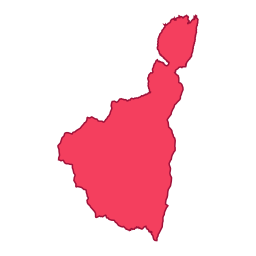 outline of San Antonio, Tolima, Colombia
{"feature_id": "7082276B18845441418980", "entity_name": "San Antonio", "entity_type": "district", "adm_level": 2, "iso_a3": "COL", "parent_name": "Colombia", "parent_adm1": "Tolima", "projection": "equal_earth", "projection_center": [-75.469, 3.975], "detail": "fine", "context": "isolated", "style": "filled", "palette": "rose", "viewbox_px": 256, "rotation_deg": 0, "n_neighbors": 0, "source": "geoboundaries", "source_scale": "gbopen_adm2", "svg_char_len": 5793}
<svg xmlns="http://www.w3.org/2000/svg" viewBox="0 0 256 256"><path d="M58.6,159.8L59.1,159.8L61.0,160.8L62.1,160.4L63.4,160.4L64.6,162.7L65.5,163.4L66.3,163.7L68.2,163.7L70.0,164.3L71.7,164.4L72.4,164.9L72.4,167.9L73.0,169.4L73.8,173.1L74.8,174.3L75.0,174.9L75.0,175.7L74.3,177.5L73.9,180.5L75.9,183.9L75.9,186.6L76.3,186.9L77.6,186.5L81.5,187.4L84.0,189.5L84.8,189.4L86.2,190.2L86.4,192.6L87.2,195.0L87.2,196.1L88.3,197.8L88.2,198.7L87.0,200.3L87.4,202.8L88.2,204.2L88.7,204.4L89.0,205.0L89.8,205.5L90.6,207.0L94.3,211.2L95.1,212.4L95.4,213.0L95.6,214.9L95.6,216.7L95.9,217.3L96.6,217.4L99.5,216.0L100.8,216.6L101.8,216.4L102.7,216.8L104.2,215.7L105.6,215.2L105.9,215.4L106.4,217.2L107.0,218.0L107.8,217.9L108.4,218.3L109.0,219.3L111.4,220.1L114.1,220.3L114.5,220.7L115.4,222.2L116.7,223.0L118.5,225.4L121.4,226.7L122.1,226.6L122.6,226.9L123.6,226.5L125.2,228.1L125.8,228.4L126.1,229.2L127.4,229.4L128.0,229.8L129.3,230.1L129.4,230.4L129.8,230.1L130.5,230.2L130.4,229.4L131.0,229.2L131.3,228.6L131.8,228.6L132.3,229.3L132.6,229.1L134.4,229.2L134.7,228.3L135.9,228.0L136.4,227.2L136.7,227.6L137.1,227.2L137.5,227.6L138.0,227.7L138.6,227.3L139.1,228.2L139.5,227.9L141.4,229.0L142.4,228.9L144.4,226.7L145.9,226.3L146.2,227.8L146.6,228.0L147.1,229.1L148.2,229.4L149.1,231.7L149.5,231.8L149.9,231.3L150.2,231.5L150.4,232.2L151.2,231.6L151.8,232.0L151.8,232.4L151.4,233.3L151.6,234.3L152.5,235.2L153.1,236.6L153.2,237.6L153.8,239.4L155.0,240.4L156.8,240.6L157.0,239.9L156.9,238.0L158.0,236.0L158.2,234.3L158.9,233.4L162.2,226.9L162.5,222.8L163.0,221.1L162.9,217.6L163.6,215.5L164.2,214.8L164.5,212.2L166.5,207.6L167.5,206.5L167.9,205.7L165.6,204.1L165.6,202.4L166.0,199.9L167.1,197.4L167.5,195.7L167.8,191.7L168.3,189.5L170.5,185.8L171.3,181.3L171.5,178.3L171.5,177.5L170.3,175.2L169.8,173.1L170.3,170.6L170.5,168.7L170.3,167.7L169.3,165.0L169.1,163.5L170.5,160.4L171.3,159.3L171.6,157.0L172.2,155.1L174.1,151.6L175.0,150.7L175.1,150.2L175.1,147.6L174.8,146.4L175.2,140.6L174.8,138.6L174.5,137.8L174.0,137.6L173.3,136.1L173.1,134.8L172.3,133.4L171.9,130.9L171.6,130.2L170.1,128.3L168.7,127.1L168.2,122.5L167.2,120.0L167.3,119.5L168.5,117.7L171.1,114.3L171.4,112.3L172.6,109.6L173.8,107.6L174.7,104.7L176.1,103.6L177.1,102.3L179.8,99.6L180.4,98.3L180.4,96.8L180.6,95.6L181.2,94.9L181.7,92.8L183.0,89.8L182.9,87.6L181.8,84.5L180.5,83.1L179.7,83.0L178.8,82.4L178.8,77.8L178.4,77.0L178.4,76.1L177.9,75.5L176.6,74.7L174.7,72.6L175.6,71.8L175.4,71.0L175.7,70.1L178.0,68.5L178.8,67.4L180.8,66.9L181.9,67.6L182.5,66.8L182.9,66.8L185.7,66.7L186.0,65.8L185.8,65.7L185.9,64.9L185.7,64.2L186.2,63.7L186.3,63.9L186.7,62.4L188.9,59.5L189.9,58.7L190.3,57.5L190.7,57.3L191.5,56.3L191.5,55.5L191.7,55.1L191.5,54.3L192.5,52.0L192.8,50.1L192.7,49.3L193.2,48.7L193.0,47.7L193.3,47.1L193.3,46.0L193.9,45.1L193.8,44.4L194.4,43.3L194.2,42.8L195.0,41.0L194.9,40.0L195.2,39.4L195.0,37.8L195.4,36.8L195.3,36.1L195.6,35.8L195.4,35.1L195.9,34.2L196.1,33.0L196.5,32.4L196.2,30.7L196.5,29.8L196.3,28.4L196.5,26.9L196.8,25.9L197.3,25.3L197.2,24.1L197.7,23.0L197.7,20.8L198.0,19.8L197.8,19.3L196.9,18.0L195.0,17.7L195.8,17.3L196.6,16.1L195.8,15.5L195.6,16.3L195.3,16.7L194.2,16.3L194.2,17.2L194.5,17.8L194.2,18.4L194.4,19.0L194.3,19.4L193.8,19.6L193.1,19.3L191.7,20.6L190.3,22.7L188.1,23.2L187.8,24.2L187.7,23.3L188.6,21.9L189.1,21.8L189.2,21.0L187.9,19.6L188.0,17.8L188.3,17.5L188.3,17.1L187.9,16.5L187.4,16.5L186.6,15.4L185.4,16.2L184.4,16.5L184.1,17.1L183.6,17.2L183.0,17.9L181.7,16.7L180.2,16.7L179.0,15.8L178.9,16.0L179.6,17.6L177.8,17.6L176.1,18.3L175.6,18.7L176.0,19.5L176.0,20.0L175.7,20.1L174.6,20.0L174.1,19.0L174.1,18.4L173.9,18.7L173.3,18.9L173.1,19.3L172.2,19.1L171.3,19.8L170.4,21.3L170.5,21.8L169.7,22.8L168.3,23.3L167.4,24.4L166.3,25.0L166.0,24.7L165.6,25.0L165.5,24.5L165.1,25.1L164.3,24.8L164.9,25.7L164.9,27.1L164.2,27.8L163.8,28.0L163.3,29.3L162.0,30.4L162.0,31.3L161.7,32.1L159.8,34.2L159.6,35.6L159.0,36.3L158.7,37.9L158.2,38.4L158.1,40.5L157.8,41.8L158.2,42.6L157.6,44.3L158.1,45.8L157.6,46.4L157.6,47.3L157.2,47.9L157.6,48.6L157.6,49.3L158.2,49.6L159.2,51.9L159.4,53.3L160.1,54.1L160.2,54.9L160.6,55.1L161.0,54.9L161.4,55.8L162.7,56.6L163.5,57.5L163.6,58.0L164.4,58.1L164.6,58.8L166.7,60.5L166.9,61.3L167.5,61.3L168.1,62.2L168.7,62.1L169.0,62.7L168.8,63.0L168.6,64.2L167.5,65.5L166.5,65.8L165.0,65.1L164.2,64.3L163.6,63.1L163.2,63.2L162.9,62.6L162.1,62.3L161.2,62.3L160.4,61.7L159.8,61.8L159.5,61.3L159.0,61.6L158.6,61.6L158.3,61.1L157.9,61.0L157.4,59.8L156.2,60.6L155.1,63.3L154.1,64.2L154.1,64.9L153.6,65.8L153.5,67.1L152.5,69.0L152.5,70.1L152.9,71.5L152.8,72.3L152.0,73.0L150.8,72.8L148.9,74.9L148.5,77.1L147.8,78.1L148.0,79.4L148.7,81.3L148.2,83.4L148.4,84.6L148.1,85.7L148.7,87.6L148.8,88.5L149.3,89.0L149.6,91.7L150.5,92.0L150.4,92.5L150.0,92.8L148.4,92.9L147.6,94.0L146.7,94.1L146.1,94.6L145.4,94.3L144.7,95.1L143.6,95.3L142.9,96.0L141.7,95.7L141.1,96.4L140.5,96.6L140.1,97.1L138.5,97.5L138.0,98.1L136.4,97.9L135.4,98.3L134.9,98.1L133.6,98.9L131.6,98.3L130.5,99.1L130.2,100.0L128.7,100.0L128.4,100.2L128.3,100.6L127.1,100.9L126.7,100.3L125.7,99.7L123.9,99.7L123.3,99.3L122.8,99.3L121.1,98.7L120.7,99.0L119.7,99.1L117.9,101.6L116.5,102.3L114.5,101.2L112.2,101.5L111.6,103.1L111.3,104.7L111.4,105.6L111.1,105.9L111.6,107.1L111.8,108.7L110.3,112.3L110.1,113.6L108.6,116.3L107.9,116.7L106.7,118.9L105.7,119.6L105.5,120.2L104.1,121.9L103.3,122.1L102.0,121.2L99.5,121.2L98.2,120.9L96.9,119.1L95.2,118.9L91.8,116.9L89.6,118.0L88.9,117.9L87.5,117.4L87.1,117.8L86.9,120.0L86.0,121.8L85.4,122.5L84.5,122.8L83.7,124.1L81.7,126.3L80.3,128.2L76.3,130.6L75.1,131.8L73.0,132.4L72.0,134.0L68.1,132.7L66.2,132.7L65.1,133.1L64.5,134.0L64.1,135.8L62.0,137.9L60.4,143.0L58.0,145.6L58.0,146.8L59.0,149.5L59.1,151.7L59.5,154.5L59.5,155.6L58.7,157.9L58.6,159.8Z" fill="#f43f5e" stroke="#9f1239" stroke-width="1.5"/></svg>